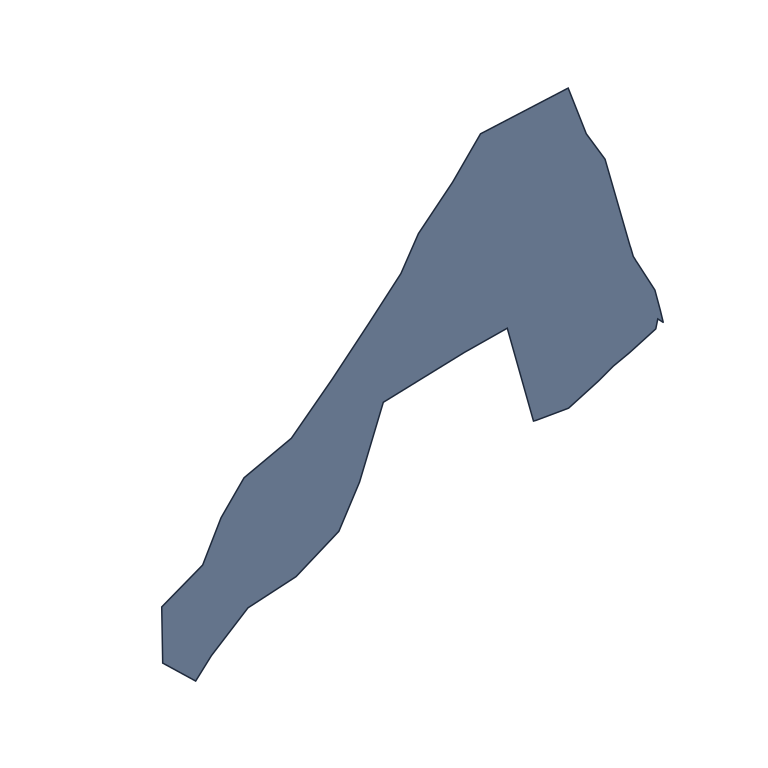 outline of Avaza, Balkan, Turkmenistan, rotated 75°
{"feature_id": "10190150B47051626377462", "entity_name": "Avaza", "entity_type": "district", "adm_level": 2, "iso_a3": "TKM", "parent_name": "Turkmenistan", "parent_adm1": "Balkan", "projection": "mercator", "projection_center": [52.922, 39.907], "detail": "fine", "context": "isolated", "style": "filled", "palette": "slate", "viewbox_px": 768, "rotation_deg": 75, "n_neighbors": 0, "source": "geoboundaries", "source_scale": "gbopen_adm2", "svg_char_len": 694}
<svg xmlns="http://www.w3.org/2000/svg" viewBox="0 0 768 768"><g transform="rotate(75 384 384)"><path d="M193.2,124.0L145.8,129.5L167.3,226.0L206.8,265.5L247.6,311.8L281.7,339.1L321.2,382.6L366.1,433.0L412.4,487.5L438.3,543.4L471.0,576.0L511.9,606.0L541.8,656.4L596.3,670.0L622.2,642.8L601.7,621.0L565.0,573.3L547.3,518.8L514.6,465.7L472.4,433.0L401.5,389.4L374.3,298.2L362.0,250.5L458.5,249.2L458.5,246.6L455.1,211.9L436.5,175.8L426.1,157.9L417.3,138.7L401.1,107.2L392.0,102.7L396.6,98.5L396.5,98.3L384.1,98.0L363.4,98.0L332.0,108.1L329.8,108.9L329.1,109.0L325.3,110.2L316.5,110.4L314.2,110.6L224.1,112.3L194.5,123.9L193.2,124.0Z" fill="#64748b" stroke="#1e293b" stroke-width="1.5"/></g></svg>